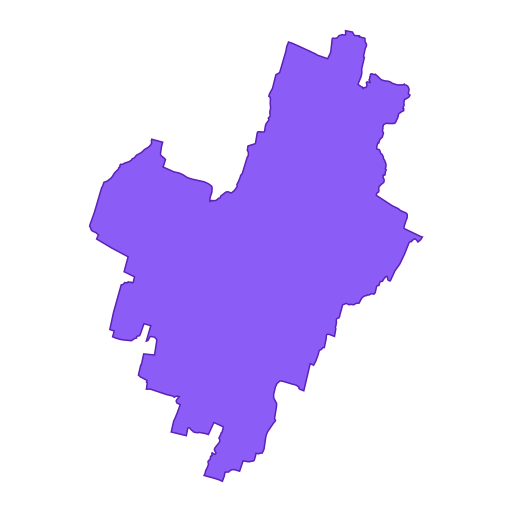 Kota Blitar, Jawa Timur, Indonesia (Robinson projection)
{"feature_id": "22746128B15123001204790", "entity_name": "Kota Blitar", "entity_type": "district", "adm_level": 2, "iso_a3": "IDN", "parent_name": "Indonesia", "parent_adm1": "Jawa Timur", "projection": "robinson", "projection_center": [112.17, -8.096], "detail": "fine", "context": "isolated", "style": "filled", "palette": "violet", "viewbox_px": 512, "rotation_deg": 0, "n_neighbors": 0, "source": "geoboundaries", "source_scale": "gbopen_adm2", "svg_char_len": 6028}
<svg xmlns="http://www.w3.org/2000/svg" viewBox="0 0 512 512"><path d="M345.5,30.7L345.7,34.6L345.4,34.8L344.0,35.0L342.2,34.6L341.5,34.8L338.9,35.7L337.6,37.4L336.7,38.0L335.2,38.4L332.8,38.1L332.2,38.8L330.8,51.4L330.1,53.7L327.6,58.7L317.3,55.1L315.7,54.0L299.1,46.3L292.4,43.3L288.5,42.0L286.8,46.4L285.7,51.9L279.8,72.1L279.3,72.8L275.9,74.7L272.5,88.3L269.5,93.8L268.8,96.3L269.7,96.8L270.2,97.5L270.4,99.2L270.2,103.9L270.5,106.1L270.5,109.3L269.9,111.0L269.8,112.9L270.2,115.4L269.7,116.9L268.5,117.7L268.3,118.4L268.9,119.6L268.7,120.2L266.1,123.7L265.4,125.7L264.6,131.3L264.4,131.7L263.5,132.0L258.3,131.7L257.6,132.1L257.2,133.0L255.5,143.1L255.0,143.8L248.1,145.9L247.8,146.8L247.3,150.5L248.1,151.5L248.4,153.0L248.1,156.4L247.4,156.8L247.0,157.8L242.4,173.1L241.6,174.5L240.7,175.2L240.2,177.2L238.5,181.5L236.9,184.4L237.2,186.2L237.1,186.9L236.5,187.3L235.6,188.9L234.0,190.8L231.9,192.6L230.7,193.0L229.2,192.1L227.2,191.7L225.5,192.3L222.0,195.2L221.2,195.5L220.5,196.7L220.5,197.2L219.9,198.1L218.7,198.2L215.8,200.6L214.4,200.5L212.8,200.9L211.8,200.4L209.9,201.4L209.9,199.6L210.3,197.0L211.9,192.1L212.1,188.2L211.9,186.7L211.4,185.9L208.3,183.7L204.2,181.8L191.6,179.0L187.4,177.6L182.9,174.7L179.1,173.0L173.8,171.8L163.1,167.0L162.9,166.8L163.6,165.6L165.5,159.5L163.9,157.8L160.9,155.5L160.6,154.5L160.5,153.5L161.5,146.6L162.7,142.2L151.7,139.2L151.4,140.7L151.6,143.1L150.7,144.9L148.4,147.2L144.5,149.5L142.0,152.0L140.4,153.1L136.4,155.2L134.3,157.9L132.2,158.8L131.6,159.9L130.4,160.8L128.9,161.7L124.3,163.2L122.4,164.5L120.8,164.2L120.1,164.8L119.7,167.2L118.8,167.6L118.6,168.8L114.4,173.1L112.3,176.6L110.9,178.2L107.4,181.0L103.9,182.3L102.6,186.2L101.5,188.1L94.4,212.4L90.0,224.6L89.6,226.3L90.5,227.6L91.1,229.8L92.3,231.0L96.2,232.8L98.4,234.9L96.6,239.0L112.0,248.2L128.1,256.8L124.1,271.7L134.5,276.8L133.2,282.3L132.1,282.9L131.0,282.1L129.6,282.4L128.2,281.8L127.2,282.8L124.8,282.5L122.8,284.6L121.2,284.9L113.6,312.0L109.8,329.5L114.2,331.0L112.6,336.8L115.5,338.0L120.2,339.4L123.0,339.9L131.4,340.7L134.8,338.4L136.5,338.1L136.7,336.7L137.2,336.2L139.5,335.7L140.4,334.0L144.0,323.7L150.8,325.7L146.3,341.1L147.6,340.7L148.3,340.0L149.6,337.3L150.6,336.5L154.5,337.1L156.6,339.3L156.7,341.1L154.5,355.0L143.7,353.9L141.9,362.3L141.1,365.2L140.7,365.2L138.4,375.1L139.5,376.0L140.0,376.7L147.0,380.4L146.5,382.2L147.3,382.6L146.4,389.2L150.3,389.1L166.3,394.5L173.0,396.1L174.2,397.2L176.2,396.2L179.2,396.6L176.6,399.9L176.1,401.1L177.0,403.1L180.2,404.6L177.6,411.9L174.9,418.6L173.7,421.0L171.2,432.0L186.3,435.7L187.8,428.2L188.2,427.8L189.1,427.8L189.7,428.1L191.7,430.4L192.8,430.9L193.2,431.7L194.4,432.3L197.9,432.8L199.1,432.4L204.7,433.4L208.4,434.5L213.9,422.5L223.1,426.7L223.0,428.8L222.4,430.4L222.4,431.4L222.0,432.2L221.2,432.8L220.9,434.0L218.9,438.2L219.7,439.5L219.8,441.3L219.3,442.3L214.7,448.2L214.4,449.4L214.6,450.6L215.7,452.3L216.0,453.1L215.0,454.3L214.3,454.2L212.2,452.8L212.0,453.1L211.8,453.6L212.1,455.5L210.6,456.3L210.2,459.0L208.1,461.2L208.0,462.2L208.5,464.2L207.3,467.5L205.7,470.6L205.0,473.6L204.1,475.5L213.7,478.1L219.0,479.8L222.4,481.3L224.3,476.1L225.0,472.2L228.7,472.0L229.6,471.0L231.9,469.6L235.0,469.8L239.6,471.2L243.1,460.9L247.9,461.7L249.5,461.7L253.5,460.9L254.3,460.1L254.6,459.0L255.6,455.7L255.9,453.4L258.7,453.8L260.1,453.2L262.3,453.0L264.0,449.3L265.7,437.5L266.3,434.9L267.7,431.6L273.6,423.0L275.1,421.3L275.5,420.2L274.6,419.0L274.7,417.4L276.5,406.6L276.6,403.4L273.9,398.3L273.6,396.3L273.7,394.3L275.4,387.0L277.1,383.4L280.2,380.8L283.2,381.4L291.5,383.9L295.8,385.0L299.0,387.1L298.9,388.5L300.4,389.5L303.8,390.8L310.2,363.7L313.6,365.2L315.8,361.1L318.0,355.1L319.3,350.4L321.3,349.5L322.7,347.7L324.3,347.6L326.2,338.6L326.3,336.1L326.7,334.7L327.1,334.3L329.0,334.3L334.5,336.4L335.8,328.9L335.4,327.1L336.1,325.1L336.1,323.8L336.5,322.9L336.5,322.2L336.2,321.3L336.5,319.1L337.6,318.1L338.8,318.0L339.7,316.4L339.9,314.8L342.7,304.8L346.3,303.4L349.2,304.8L350.4,304.3L353.7,304.8L356.4,303.2L359.0,303.2L361.5,298.5L363.7,296.3L366.9,295.4L367.6,294.8L369.0,295.0L371.7,293.6L373.9,294.2L375.2,292.7L376.6,286.5L377.1,285.7L378.9,285.5L380.0,281.9L380.6,281.5L382.1,281.4L382.7,280.9L383.8,279.0L385.8,276.6L387.1,276.5L387.9,279.8L389.4,280.9L390.4,280.7L394.9,270.9L399.8,264.0L404.4,254.4L409.1,242.6L410.7,241.5L411.5,241.6L412.5,240.2L414.7,238.7L416.6,240.0L417.9,242.0L420.7,239.7L422.4,237.0L420.3,236.3L404.5,228.7L404.1,228.2L404.0,227.2L404.6,225.0L406.1,220.3L407.0,218.4L407.3,215.9L407.2,214.3L406.3,213.1L400.4,210.5L398.5,208.8L392.2,205.7L376.4,195.4L376.5,194.1L377.1,192.8L378.6,192.0L378.9,190.7L378.8,187.6L379.0,186.8L381.1,184.5L383.7,182.5L384.2,180.8L384.1,179.6L383.1,177.3L383.2,175.1L384.8,175.1L385.2,173.9L385.2,172.7L386.2,169.7L385.3,168.9L386.0,166.5L386.0,164.0L384.4,159.9L383.4,158.6L383.4,157.0L382.1,154.4L380.7,153.3L379.8,150.6L379.3,149.7L376.7,148.9L376.9,146.1L377.9,142.8L378.7,143.0L379.7,140.1L380.3,139.0L382.3,137.2L382.6,136.2L383.5,133.0L382.5,131.0L382.5,130.4L382.9,128.9L382.9,126.9L383.6,124.6L386.8,123.1L387.9,123.5L393.3,123.5L394.7,123.3L395.5,122.5L397.8,117.6L398.4,115.6L398.3,115.3L398.5,114.0L401.6,111.7L403.7,110.7L403.7,108.7L403.1,108.7L402.9,108.2L404.1,105.1L403.9,102.2L404.6,99.4L405.0,99.1L405.5,99.2L408.6,97.3L409.6,96.0L410.0,95.0L408.3,93.9L409.1,89.5L408.5,87.5L407.8,86.3L406.7,85.4L404.3,84.6L404.3,84.2L402.8,84.9L397.3,84.9L392.1,83.2L390.3,81.9L387.8,81.1L384.9,80.9L381.2,79.7L375.4,74.2L374.0,74.7L372.5,73.9L371.2,73.9L370.6,74.1L370.4,74.5L370.4,75.7L369.8,77.1L369.7,78.6L369.0,80.0L370.2,81.7L370.0,82.5L367.4,81.9L366.5,82.2L366.4,82.8L367.0,85.0L366.5,86.7L365.7,87.4L363.6,87.8L363.1,88.5L362.3,87.0L360.8,86.5L358.0,84.3L361.2,76.2L361.5,74.6L361.8,72.9L361.7,68.8L364.4,57.3L363.6,57.0L363.5,56.5L365.2,48.8L366.5,45.7L366.4,43.9L365.2,41.9L365.0,40.9L365.0,38.5L364.4,38.0L362.0,37.6L360.5,36.9L359.3,37.0L359.4,35.8L354.4,35.5L352.4,32.0L345.5,30.7Z" fill="#8b5cf6" stroke="#5b21b6" stroke-width="1.5"/></svg>